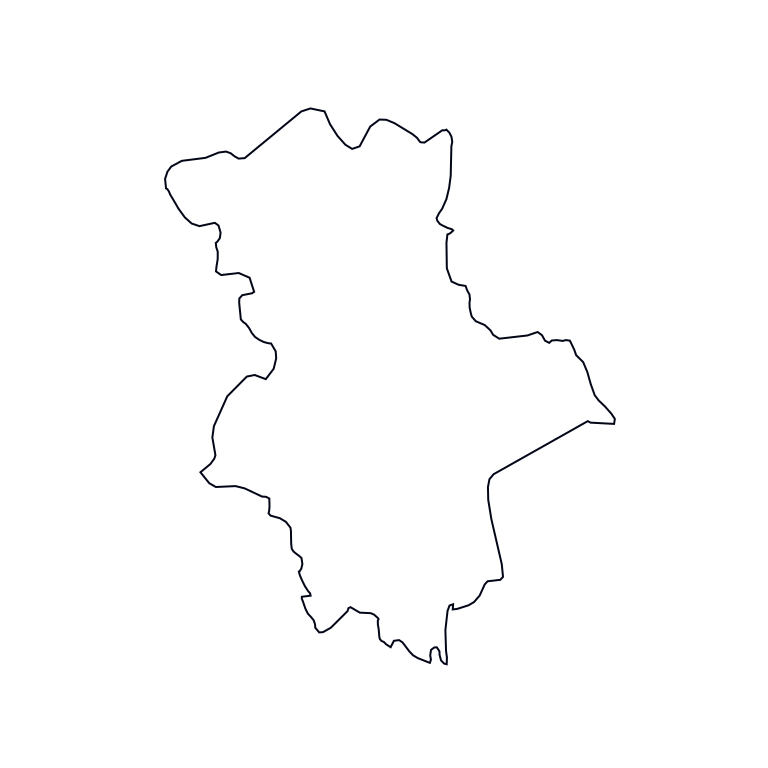 an SVG outline of Päijät-Häme, rotated 159°
{"feature_id": "FIN-3184", "entity_name": "Päijät-Häme", "entity_type": "Province", "adm_level": 1, "iso_a3": "FIN", "parent_name": "Finland", "parent_adm1": "", "projection": "albers", "projection_center": [25.782, 61.243], "detail": "fine", "context": "isolated", "style": "outline", "palette": "ink", "viewbox_px": 768, "rotation_deg": 159, "n_neighbors": 0, "source": "natural_earth", "source_scale": "10m", "svg_char_len": 3069}
<svg xmlns="http://www.w3.org/2000/svg" viewBox="0 0 768 768"><g transform="rotate(159 384 384)"><path d="M537.4,196.9L537.9,202.4L537.6,210.7L537.7,213.1L536.9,214.8L528.4,212.7L528.0,215.0L529.1,218.0L530.3,223.6L530.9,230.5L531.1,235.3L530.7,239.4L530.0,239.4L527.4,241.2L524.7,245.2L523.4,251.1L524.3,253.0L527.5,258.2L528.5,260.1L529.2,263.1L527.9,268.1L523.6,280.0L522.8,283.3L525.0,290.5L529.4,296.1L537.1,301.8L538.1,304.7L536.8,306.5L534.8,310.6L532.1,318.2L534.6,321.0L538.2,322.6L551.5,336.5L559.2,341.9L577.9,348.1L582.7,354.0L587.0,367.4L574.8,371.5L569.2,375.1L566.9,377.9L563.4,395.6L557.9,405.6L534.7,428.7L509.4,440.1L501.6,438.8L492.6,430.9L481.5,437.8L475.5,446.5L473.4,453.3L474.9,462.3L477.4,463.5L481.2,466.3L484.5,469.8L487.5,474.1L489.1,478.9L489.9,484.5L491.5,489.8L493.1,492.0L494.5,495.6L490.1,511.7L488.4,515.7L484.5,517.7L474.7,516.0L472.2,516.6L471.4,531.4L479.9,539.7L497.0,544.1L500.5,549.3L498.5,553.3L494.5,560.2L491.8,567.1L491.6,571.7L490.5,576.0L488.8,576.5L485.0,579.0L482.3,583.9L481.7,591.3L484.2,595.1L499.7,597.5L506.0,602.7L510.2,610.8L513.0,621.2L515.0,633.5L515.7,637.3L515.8,640.7L516.4,643.5L517.4,644.7L514.9,653.9L510.1,659.8L504.6,663.3L492.8,664.8L469.6,659.1L455.2,659.3L448.2,657.6L444.4,654.3L442.0,650.2L438.9,646.5L433.1,644.8L363.5,668.1L353.9,667.6L341.8,659.8L341.3,645.9L338.5,632.3L334.3,621.2L329.5,614.9L321.6,614.6L304.6,629.3L293.4,632.5L287.1,629.8L280.8,623.8L267.9,607.1L265.0,602.1L263.7,597.4L263.1,596.5L259.7,594.9L238.5,600.0L237.0,599.2L235.4,599.0L234.6,599.1L232.9,595.3L232.4,590.7L233.5,585.6L235.9,581.8L247.1,554.5L252.9,543.8L259.5,534.2L267.0,526.7L271.2,523.9L275.5,520.0L275.7,517.2L274.5,513.4L272.9,511.4L268.7,506.9L265.2,504.2L264.4,502.5L267.6,501.2L269.8,500.8L271.2,500.9L275.1,493.4L283.9,469.4L284.2,455.4L278.8,449.9L272.7,446.3L272.8,442.3L272.6,439.9L272.1,437.1L273.4,432.1L275.0,429.4L276.7,424.5L277.6,418.9L277.9,415.4L275.8,409.7L268.8,402.9L265.4,396.0L264.5,390.8L260.2,385.0L232.7,377.9L222.0,377.5L219.0,372.9L218.2,366.8L215.0,363.2L211.8,364.5L206.8,363.0L201.8,360.2L198.4,359.8L194.9,357.8L194.1,347.9L194.3,342.1L190.2,333.0L189.9,322.0L191.0,310.1L191.3,298.0L189.4,291.5L185.8,283.9L182.3,274.5L181.0,268.7L183.5,264.3L205.0,273.9L207.1,276.3L314.0,260.5L319.7,257.3L323.9,250.5L328.2,238.5L332.2,219.4L338.6,173.7L342.0,161.3L345.6,159.5L358.0,162.7L361.8,160.8L370.5,152.2L378.0,148.2L384.4,147.1L396.2,147.8L400.6,148.9L398.4,153.6L402.2,153.7L406.0,149.4L414.9,132.2L421.8,112.4L423.3,106.0L425.9,99.9L428.1,101.5L429.8,105.5L429.2,111.1L428.0,114.7L429.1,119.3L431.5,120.0L435.4,118.9L438.1,114.1L439.0,109.8L441.1,107.2L450.7,116.0L454.1,120.3L456.1,125.1L459.3,136.1L461.7,139.5L466.8,140.7L472.1,135.9L475.3,140.2L476.5,143.1L478.4,145.0L479.3,147.4L478.9,149.9L476.9,156.7L475.9,161.7L474.6,165.3L473.4,166.3L473.5,167.6L475.9,172.2L478.5,174.8L488.5,179.2L495.2,187.6L497.4,187.5L499.5,185.0L521.0,175.5L529.9,174.2L533.5,175.3L535.5,181.1L534.5,184.3L534.3,188.5L535.5,192.3L537.4,196.9Z" fill="none" stroke="#020617" stroke-width="2"/></g></svg>